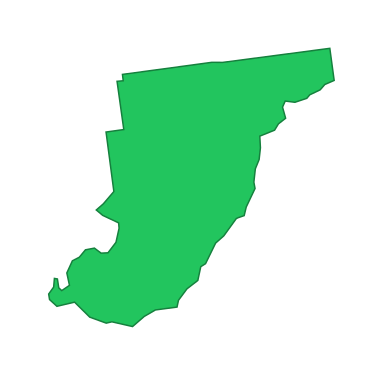 Monroe, Alabama, United States of America, rotated 353°
{"feature_id": "52423323B79437263897554", "entity_name": "Monroe", "entity_type": "district", "adm_level": 2, "iso_a3": "USA", "parent_name": "United States of America", "parent_adm1": "Alabama", "projection": "robinson", "projection_center": [-87.413, 31.53], "detail": "fine", "context": "isolated", "style": "filled", "palette": "green", "viewbox_px": 384, "rotation_deg": 353, "n_neighbors": 0, "source": "geoboundaries", "source_scale": "gbopen_adm2", "svg_char_len": 959}
<svg xmlns="http://www.w3.org/2000/svg" viewBox="0 0 384 384"><g transform="rotate(353 192 192)"><path d="M96.7,311.1L116.6,318.3L129.4,309.7L141.3,304.6L163.1,304.4L165.4,297.8L175.2,287.5L187.0,280.5L191.6,267.2L196.7,264.8L209.2,245.6L218.2,239.4L232.7,223.8L234.4,223.2L240.9,221.8L244.0,213.5L255.0,196.2L254.6,189.8L257.7,176.7L262.6,167.9L265.3,156.5L266.1,144.8L281.5,140.7L286.1,134.9L293.9,130.2L292.2,118.8L295.6,113.1L305.1,115.5L317.4,113.0L320.7,109.9L331.7,106.2L336.9,101.5L346.7,98.6L346.3,66.2L238.2,67.1L227.5,65.7L137.3,66.8L137.3,73.2L131.1,73.0L131.9,121.7L114.0,122.0L114.5,182.0L102.6,192.9L94.8,198.2L100.5,204.3L115.4,213.7L115.2,219.1L110.4,232.7L101.2,242.1L94.3,241.6L88.3,235.8L79.2,236.4L72.2,243.0L64.9,245.7L57.9,257.1L59.0,269.7L50.7,274.0L48.1,270.9L47.8,261.9L44.9,261.0L43.1,269.5L37.3,275.8L37.5,281.4L44.0,289.0L62.0,287.0L75.3,303.8L90.9,311.7L96.7,311.1Z" fill="#22c55e" stroke="#15803d" stroke-width="1.5"/></g></svg>